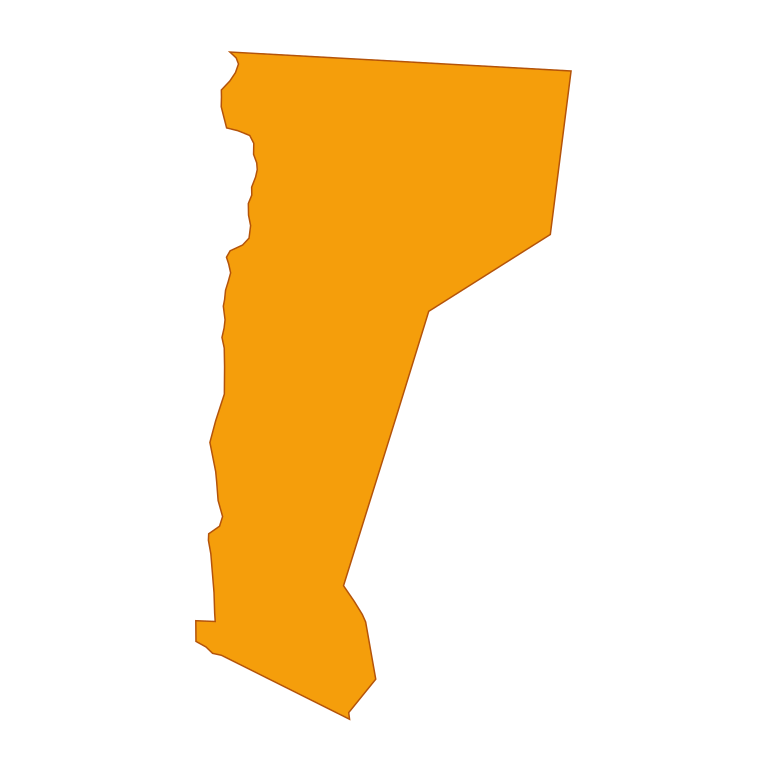 Fernando Pedroza, Rio Grande do Norte, Brazil (Albers equal-area conic projection), rotated 269°
{"feature_id": "56859067B72055412128450", "entity_name": "Fernando Pedroza", "entity_type": "district", "adm_level": 2, "iso_a3": "BRA", "parent_name": "Brazil", "parent_adm1": "Rio Grande do Norte", "projection": "albers", "projection_center": [-36.408, -5.775], "detail": "fine", "context": "isolated", "style": "filled", "palette": "amber", "viewbox_px": 768, "rotation_deg": 269, "n_neighbors": 0, "source": "geoboundaries", "source_scale": "gbopen_adm2", "svg_char_len": 995}
<svg xmlns="http://www.w3.org/2000/svg" viewBox="0 0 768 768"><g transform="rotate(269 384 384)"><path d="M49.4,343.7L56.1,343.0L89.0,370.6L146.4,361.5L153.9,358.3L167.1,350.5L183.0,340.0L356.3,397.4L455.9,430.0L530.6,552.9L693.7,576.5L718.6,235.7L712.6,241.9L706.5,244.1L697.9,240.9L689.7,235.2L680.8,226.5L673.6,226.5L664.1,226.1L657.6,227.6L642.8,231.1L639.8,242.3L634.8,254.1L626.9,258.0L615.9,257.6L607.3,260.6L600.5,261.0L593.1,259.2L583.1,255.1L575.2,255.1L566.8,251.5L555.2,251.5L544.7,253.4L532.2,251.6L525.4,245.0L519.9,232.5L513.5,228.7L506.7,230.8L497.8,232.6L489.0,230.0L480.5,227.2L471.2,226.1L464.6,224.7L450.9,226.2L442.7,225.1L433.4,222.8L422.7,224.9L403.8,224.9L376.7,224.2L350.0,215.0L328.6,208.9L299.3,214.2L288.9,215.0L270.4,216.1L254.3,220.3L244.7,217.1L237.3,206.1L230.8,205.7L217.2,207.9L201.5,208.9L178.4,210.4L157.7,210.7L149.5,211.1L150.6,191.7L129.9,191.5L124.2,201.4L117.7,207.9L115.6,216.7L49.4,343.7Z" fill="#f59e0b" stroke="#b45309" stroke-width="1.5"/></g></svg>